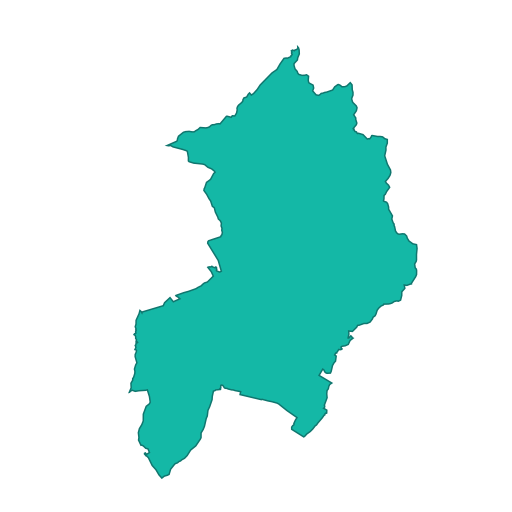 the district of Matasari, Gorj, Romania, rotated 76°
{"feature_id": "2599482B45597457820399", "entity_name": "Matasari", "entity_type": "district", "adm_level": 2, "iso_a3": "ROU", "parent_name": "Romania", "parent_adm1": "Gorj", "projection": "mercator", "projection_center": [23.06, 44.852], "detail": "fine", "context": "isolated", "style": "filled", "palette": "teal", "viewbox_px": 512, "rotation_deg": 76, "n_neighbors": 0, "source": "geoboundaries", "source_scale": "gbopen_adm2", "svg_char_len": 6125}
<svg xmlns="http://www.w3.org/2000/svg" viewBox="0 0 512 512"><g transform="rotate(76 256 256)"><path d="M448.7,401.1L447.4,398.2L447.3,395.1L446.9,393.2L442.2,390.4L438.4,385.4L437.9,384.4L437.7,382.3L436.7,380.2L436.6,378.8L435.8,377.4L435.0,374.3L433.0,371.1L428.5,366.4L425.7,360.4L420.3,354.4L419.0,353.3L414.4,352.1L411.6,349.3L408.9,347.3L401.6,343.6L399.5,342.0L394.2,340.0L391.1,337.5L384.8,333.4L381.7,332.4L376.8,330.0L376.7,328.4L376.2,327.4L376.9,322.8L376.5,322.5L375.9,323.0L375.2,322.0L373.3,321.6L372.8,321.0L373.5,319.5L376.2,318.6L376.8,318.0L377.6,315.9L378.2,315.4L380.1,311.8L380.4,310.6L381.5,308.9L383.9,303.7L386.6,305.0L396.7,285.5L396.5,284.8L399.4,279.6L401.2,275.8L403.8,271.2L405.0,269.8L413.4,263.4L422.7,255.3L424.8,257.5L427.7,259.8L428.2,259.7L429.1,260.3L429.4,261.3L430.7,262.8L432.8,263.3L443.1,253.4L442.5,252.0L441.0,249.8L439.4,245.8L437.6,242.8L435.0,239.5L434.6,238.2L433.0,236.4L429.1,230.9L426.9,228.4L426.9,227.8L425.6,227.0L425.3,226.5L425.6,225.8L425.5,225.4L422.7,224.6L420.1,227.2L419.7,226.3L418.3,225.6L417.3,225.8L410.7,221.3L406.8,220.7L403.7,219.6L402.4,218.0L400.1,216.9L398.5,215.6L397.6,213.2L387.1,223.7L381.9,218.6L383.0,217.7L385.1,217.3L386.5,216.3L387.0,215.4L387.6,212.1L386.0,210.9L380.7,208.2L378.4,206.0L377.3,204.3L372.5,202.4L371.0,203.6L369.6,202.3L369.4,201.9L369.6,201.4L369.2,201.4L368.7,200.3L366.7,198.4L367.3,197.1L367.3,195.3L366.8,195.0L365.9,195.7L364.7,195.3L364.4,194.1L364.7,191.2L364.1,187.9L360.7,185.1L359.2,181.7L358.6,182.4L357.8,182.5L356.4,183.3L357.9,185.5L358.0,186.1L357.8,186.5L354.4,184.8L351.2,184.2L352.5,180.7L349.5,175.6L347.9,174.2L348.1,172.8L347.6,167.6L348.3,164.6L347.7,161.3L345.2,158.2L343.8,157.3L342.8,154.9L341.3,153.6L338.0,151.6L336.3,149.6L334.8,146.8L334.3,144.2L333.6,143.7L334.6,139.1L334.7,137.3L334.5,135.2L333.6,133.0L333.6,130.2L334.3,128.9L333.8,126.4L329.5,124.1L326.0,123.2L323.4,119.4L320.0,119.2L321.0,116.7L320.6,113.1L320.7,111.9L320.0,111.7L314.6,106.0L312.8,104.7L309.1,103.7L307.5,103.6L306.0,104.4L302.1,104.0L300.0,101.9L298.6,101.2L293.3,99.9L287.6,97.9L283.8,97.5L282.1,100.9L278.5,103.9L275.4,104.9L273.1,105.0L270.6,106.5L269.9,108.4L269.5,112.0L268.8,113.0L267.9,113.7L265.5,114.6L260.9,114.4L260.0,114.7L258.4,114.3L257.1,114.9L253.0,115.3L250.1,113.9L242.7,116.0L240.6,115.5L237.1,115.6L235.4,116.3L233.9,118.6L233.3,119.0L231.7,118.1L228.2,117.1L227.4,115.6L225.2,113.8L221.7,109.7L219.3,110.3L216.8,111.9L215.0,112.4L212.7,109.1L210.9,107.2L209.8,106.2L207.6,105.0L205.1,104.7L198.8,106.3L189.9,106.9L184.7,104.3L181.7,103.6L178.3,101.3L174.7,100.4L173.1,103.0L172.1,103.4L170.9,104.6L170.0,106.8L169.5,109.0L167.2,114.1L167.2,114.6L168.7,115.8L169.8,117.4L169.4,118.4L169.5,119.7L164.1,122.8L161.7,126.9L161.8,127.7L161.2,128.2L159.9,128.5L159.1,129.9L157.1,130.3L157.0,130.8L156.0,130.3L155.7,130.7L152.9,126.9L151.4,126.0L147.7,126.2L146.2,125.8L142.6,127.1L139.4,123.5L136.6,122.1L134.6,122.4L130.3,125.0L127.3,125.2L126.0,124.9L123.4,123.0L120.7,122.3L118.0,122.4L113.2,121.4L110.6,122.6L113.0,126.8L113.2,129.0L112.6,131.7L110.9,132.8L109.6,134.4L109.5,135.2L110.9,138.7L113.5,141.5L114.1,147.9L113.9,149.9L114.2,151.5L114.0,153.4L114.9,154.9L115.3,156.3L114.2,158.7L109.5,161.1L107.0,159.4L104.0,159.3L101.0,162.6L100.2,162.9L98.1,162.8L94.3,161.5L92.4,163.1L92.4,165.2L91.8,167.8L90.1,170.6L88.8,171.2L86.8,171.4L83.8,172.9L80.0,173.0L78.5,172.5L75.8,168.4L73.8,167.6L70.4,165.1L66.4,164.3L64.2,164.4L63.3,164.9L64.9,165.2L65.5,167.0L65.6,168.5L66.1,169.1L65.0,170.8L65.5,172.1L66.9,171.7L67.6,172.5L69.4,172.2L70.1,173.6L71.0,173.9L71.7,178.0L71.2,178.7L71.0,181.0L75.5,186.2L80.1,190.6L82.3,196.3L91.1,210.6L94.7,214.5L97.8,219.1L98.7,221.6L96.2,222.8L97.2,224.4L99.5,226.6L99.7,229.5L101.3,230.9L102.4,231.2L103.6,232.7L105.3,236.2L106.4,237.6L108.0,238.7L109.7,238.9L112.6,240.3L115.0,242.7L114.2,245.1L115.4,246.5L113.4,250.2L113.3,250.9L119.1,258.9L118.6,260.1L118.3,262.5L118.5,264.7L118.1,266.5L118.3,267.8L119.4,269.8L119.7,271.7L119.6,273.7L117.8,279.1L119.1,281.4L120.0,284.6L120.5,285.5L120.5,286.3L120.1,288.0L118.9,290.7L118.3,294.2L118.4,296.5L121.0,302.2L123.3,303.8L124.8,304.4L125.5,305.2L127.3,315.5L127.9,314.2L128.2,312.0L130.0,310.2L134.9,301.3L137.1,297.9L137.9,297.3L143.9,297.7L147.4,298.6L148.3,298.1L150.8,294.0L153.8,285.7L154.9,283.7L158.3,281.2L160.7,278.0L163.8,275.7L164.9,275.5L165.7,277.1L170.5,281.4L171.2,282.7L172.6,286.2L177.5,289.3L178.0,289.9L179.8,290.7L184.3,288.9L189.1,287.7L191.7,286.7L197.3,286.3L199.0,284.8L203.6,284.8L209.2,283.6L210.9,283.6L213.0,282.2L215.6,281.6L218.4,282.6L220.9,282.3L222.8,283.0L224.9,282.9L227.1,283.9L227.6,284.8L228.8,285.6L229.7,298.1L230.3,299.1L231.9,299.8L251.2,293.7L262.4,293.3L262.8,295.2L260.8,297.9L260.1,297.9L259.6,297.3L258.5,297.5L258.1,297.1L256.9,297.6L257.4,298.8L256.0,300.9L255.3,301.3L255.7,302.6L255.3,303.6L255.2,305.2L255.3,305.5L260.4,303.2L265.2,302.3L269.5,309.5L269.7,312.6L270.8,315.1L271.6,316.0L272.5,320.1L273.2,322.1L274.0,330.0L274.1,334.8L274.9,343.3L275.6,343.1L277.0,341.6L279.1,340.2L280.4,347.3L275.6,349.5L279.2,356.0L281.8,358.0L282.8,379.9L283.6,380.4L282.4,380.7L280.8,381.8L283.7,383.4L289.4,387.9L293.1,388.9L295.4,390.3L297.9,390.0L298.6,390.6L299.2,390.3L300.2,391.1L301.8,391.2L302.1,392.7L302.8,393.4L303.8,392.4L305.4,392.3L306.9,392.7L308.2,392.2L309.7,392.9L309.7,392.5L311.0,391.9L311.0,392.3L311.5,392.5L311.2,393.3L313.2,394.1L313.5,394.8L315.6,394.6L317.5,396.1L317.9,395.3L318.6,394.8L320.2,395.4L322.3,397.0L324.4,397.6L330.8,397.4L332.6,399.1L336.3,401.3L338.7,401.4L340.6,402.0L344.1,404.1L345.1,405.3L346.7,405.7L349.2,408.1L353.7,409.0L357.6,411.9L357.6,411.6L356.9,410.8L356.3,408.6L358.1,405.9L358.4,402.2L359.6,395.6L359.6,393.8L366.6,393.4L372.3,394.0L373.7,395.3L375.3,398.9L382.2,403.6L388.8,405.3L392.0,407.6L395.3,410.9L399.0,412.9L403.8,413.5L406.2,414.5L411.8,413.4L411.8,412.8L413.0,411.3L415.9,409.5L416.9,407.5L420.9,406.9L421.9,409.8L421.7,410.3L420.3,411.0L420.5,411.9L421.1,412.1L423.3,411.0L423.2,410.7L425.7,409.2L434.2,407.4L439.1,404.8L444.9,403.1L448.7,401.1Z" fill="#14b8a6" stroke="#0f766e" stroke-width="1.5"/></g></svg>